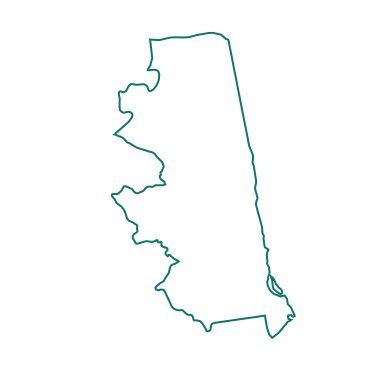 outline of Bas-Congo, rotated 260°
{"feature_id": "COD-1883", "entity_name": "Bas-Congo", "entity_type": "Province", "adm_level": 1, "iso_a3": "COD", "parent_name": "Democratic Republic of the Congo", "parent_adm1": "", "projection": "natural_earth1", "projection_center": [14.09, -5.165], "detail": "fine", "context": "isolated", "style": "outline", "palette": "teal", "viewbox_px": 384, "rotation_deg": 260, "n_neighbors": 0, "source": "natural_earth", "source_scale": "10m", "svg_char_len": 4650}
<svg xmlns="http://www.w3.org/2000/svg" viewBox="0 0 384 384"><g transform="rotate(260 192 192)"><path d="M256.4,134.2L258.1,132.4L262.2,125.6L271.9,141.5L275.5,145.4L276.5,146.1L277.4,146.5L278.3,146.7L279.2,146.6L280.1,146.3L280.9,145.7L281.5,144.8L281.9,143.8L282.1,142.8L282.1,141.7L281.9,139.6L282.0,138.5L282.5,137.5L283.2,136.7L284.1,135.9L285.0,135.4L286.6,135.3L288.8,135.5L297.1,137.1L300.5,136.9L302.5,137.2L303.4,137.9L303.6,138.8L303.2,139.8L302.0,142.0L302.3,143.3L303.3,144.9L306.7,147.5L308.1,149.1L308.8,150.4L308.8,151.4L307.4,155.5L307.0,157.6L306.7,162.0L306.5,163.1L306.1,164.1L305.4,165.0L304.6,165.7L303.7,166.2L302.8,166.4L300.0,166.9L299.1,167.3L298.7,168.3L298.8,169.7L299.7,171.8L300.8,173.1L302.8,175.2L304.8,176.8L307.3,178.3L309.2,179.1L313.1,180.1L315.0,180.1L316.0,179.9L317.0,179.4L317.8,178.7L318.3,177.9L318.6,177.4L318.9,176.4L319.1,174.3L319.2,171.6L319.4,170.4L319.8,169.7L320.6,170.1L321.5,170.8L323.7,172.9L327.0,174.2L330.6,176.1L349.5,177.2L347.8,183.3L347.3,186.4L347.9,197.1L347.6,200.4L345.5,211.5L345.0,216.3L345.7,223.6L345.7,235.4L345.4,238.1L345.1,240.1L342.6,246.5L342.1,247.5L341.3,248.3L336.8,252.1L335.7,254.2L333.6,254.3L326.6,254.4L319.5,254.6L312.4,254.7L305.4,254.8L298.3,255.0L291.3,255.1L284.2,255.2L277.1,255.4L270.1,255.5L263.0,255.6L255.9,255.8L248.9,255.9L241.8,256.1L234.7,256.2L231.8,256.2L227.5,256.3L217.7,258.4L215.3,258.1L210.4,256.7L206.8,257.4L199.8,257.2L191.8,257.1L190.2,256.8L185.7,255.0L183.9,254.7L174.7,255.5L173.5,255.0L171.7,253.8L168.7,252.8L158.1,253.7L145.3,254.9L139.2,254.2L138.4,254.4L137.0,255.0L136.1,255.1L133.8,254.3L127.6,254.1L125.1,254.1L124.5,254.5L123.0,256.4L122.1,257.2L119.7,255.7L116.5,254.7L109.9,254.1L108.8,253.5L107.6,253.7L105.1,254.6L103.9,254.7L102.6,254.5L100.8,254.6L98.4,254.2L94.8,252.2L93.7,252.0L91.0,250.7L89.7,250.3L87.6,250.3L84.7,250.8L81.9,251.7L79.9,253.1L79.3,253.4L77.5,254.9L76.6,256.4L75.7,258.0L73.7,260.8L74.1,265.1L70.2,267.0L65.2,266.8L61.3,269.3L55.0,271.0L53.0,271.6L51.9,271.5L51.6,270.1L52.0,269.4L53.6,268.2L53.6,266.0L53.6,265.3L52.8,264.8L51.5,264.8L50.3,265.0L50.0,265.7L49.5,266.1L48.9,267.5L48.0,265.6L47.6,263.9L47.3,263.3L46.9,262.9L46.0,262.3L45.7,262.0L44.1,259.7L38.8,253.6L37.5,251.6L34.5,245.7L38.2,243.3L44.8,242.3L51.9,242.3L57.6,242.4L57.8,234.1L58.0,228.3L58.4,217.1L58.7,206.4L59.0,198.7L59.2,191.8L58.7,188.8L57.8,188.0L53.0,186.1L52.6,185.6L52.3,184.8L52.1,183.8L52.2,183.0L52.5,182.2L53.0,182.0L53.6,182.1L54.2,182.0L60.7,179.4L63.6,177.3L64.9,173.9L65.1,172.0L65.8,171.4L68.8,171.2L70.7,170.4L71.3,169.4L71.4,168.0L72.1,166.1L73.3,165.0L76.7,162.6L77.5,161.5L77.6,159.5L78.1,157.4L79.0,155.6L80.3,153.9L82.6,152.3L97.8,148.2L100.6,147.1L101.3,144.5L101.1,141.5L102.4,139.5L104.3,139.3L105.9,141.5L106.6,142.9L108.0,145.2L108.9,148.2L109.7,149.1L111.7,150.6L115.4,154.3L116.8,155.3L121.5,157.3L122.6,158.0L123.4,158.8L123.8,159.9L124.3,163.0L126.0,166.9L126.8,166.2L128.9,163.2L132.9,159.8L133.8,159.3L134.0,158.6L133.7,157.8L132.9,157.0L135.4,155.3L136.3,155.2L137.3,155.7L138.8,157.5L139.8,158.0L140.5,157.8L141.4,157.4L143.1,153.8L144.7,152.6L145.4,152.7L147.2,153.2L147.9,153.2L148.3,152.5L148.1,150.9L148.4,149.9L149.0,149.5L149.7,149.7L150.2,149.8L150.8,149.0L149.7,145.2L150.0,143.2L151.2,139.6L151.5,137.8L150.6,129.2L150.9,128.1L151.8,127.6L156.8,125.6L158.3,125.8L160.1,127.1L160.8,128.2L161.9,130.5L162.7,131.4L163.4,131.6L165.6,131.5L168.0,132.2L168.7,132.2L169.5,131.6L170.8,129.8L172.1,128.8L172.2,128.6L172.4,128.3L174.7,124.8L177.5,123.4L184.4,122.5L187.3,121.4L190.2,119.8L193.1,116.8L194.7,115.6L198.2,114.6L201.6,112.5L203.0,112.4L203.5,112.8L203.7,113.5L203.6,114.5L203.5,115.6L203.2,116.9L202.9,117.4L202.9,117.9L203.5,119.2L204.7,121.4L206.2,123.4L208.9,125.4L209.4,126.0L209.2,127.7L208.1,129.5L206.8,131.2L205.9,132.6L205.0,133.7L202.1,135.1L200.8,136.4L200.2,137.7L200.1,138.4L200.7,140.4L201.4,143.8L202.5,145.5L203.7,146.7L204.5,148.2L204.9,150.4L204.7,151.3L204.1,152.8L203.9,153.7L204.0,154.7L204.3,155.6L204.7,156.4L205.0,157.3L203.7,164.3L204.1,167.0L205.4,166.7L206.9,166.5L207.8,165.9L209.4,164.0L210.4,163.4L211.9,162.9L213.3,163.0L213.9,164.0L214.3,164.3L215.9,164.2L216.6,164.3L216.9,164.7L217.6,165.9L217.9,166.1L218.9,166.5L221.3,168.2L222.2,168.6L225.1,168.2L227.4,167.3L232.5,163.6L236.2,161.8L237.4,160.6L238.2,159.3L238.8,157.8L245.1,145.5L251.1,138.7L251.6,137.6L252.3,136.6L256.4,134.2ZM88.3,255.3L90.5,255.7L92.0,255.5L93.5,255.2L95.2,255.1L93.2,256.9L91.0,257.7L86.7,258.7L85.6,259.6L83.2,260.5L80.7,262.8L78.8,263.4L77.1,263.2L75.9,261.6L77.5,259.8L79.7,257.7L82.3,255.5L84.3,255.2L88.3,255.3Z" fill="none" stroke="#0f766e" stroke-width="2"/></g></svg>